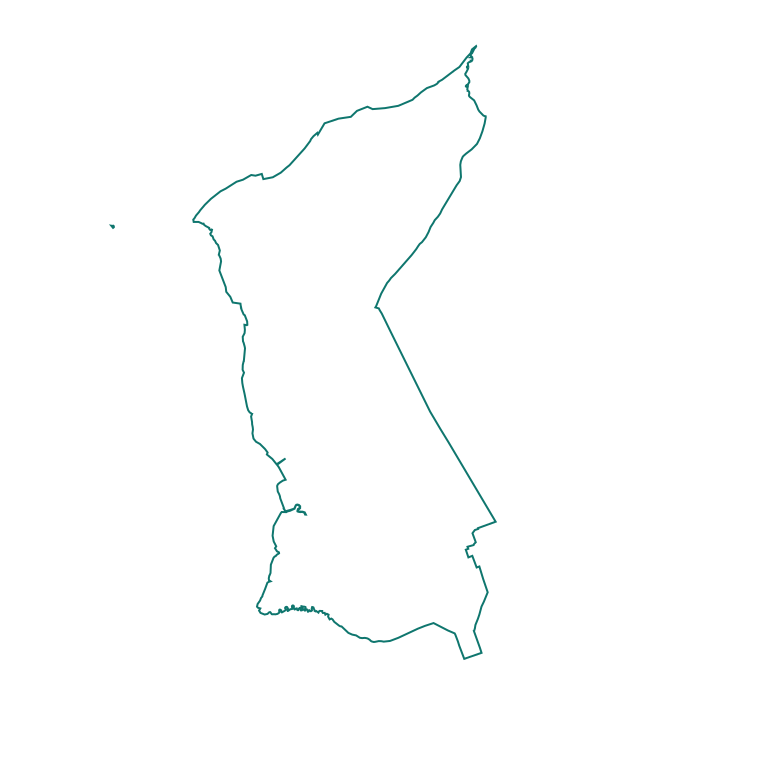 outline of Tanjung Jabung Timur, Jambi, Indonesia, rotated 250°
{"feature_id": "22746128B13468366985120", "entity_name": "Tanjung Jabung Timur", "entity_type": "district", "adm_level": 2, "iso_a3": "IDN", "parent_name": "Indonesia", "parent_adm1": "Jambi", "projection": "orthographic", "projection_center": [103.834, -1.266], "detail": "fine", "context": "isolated", "style": "outline", "palette": "teal", "viewbox_px": 768, "rotation_deg": 250, "n_neighbors": 0, "source": "geoboundaries", "source_scale": "gbopen_adm2", "svg_char_len": 6129}
<svg xmlns="http://www.w3.org/2000/svg" viewBox="0 0 768 768"><g transform="rotate(250 384 384)"><path d="M670.0,586.1L668.3,581.1L665.1,578.4L662.6,573.4L656.1,563.3L654.6,557.5L650.0,542.6L649.4,538.5L649.0,538.5L647.9,536.2L647.4,533.3L647.4,525.5L645.4,518.5L643.6,514.1L642.6,510.7L641.3,508.0L640.5,492.6L642.9,479.3L646.2,467.3L650.2,463.3L649.9,452.0L646.4,444.2L648.9,432.0L649.3,417.3L641.0,407.2L642.8,407.2L641.0,402.5L639.0,399.1L637.6,397.8L632.5,390.0L621.9,370.0L620.7,366.4L617.9,359.3L616.3,350.2L617.8,340.7L623.2,341.0L623.7,334.5L625.8,330.7L624.2,321.4L624.5,314.6L621.7,302.0L621.0,296.3L617.2,284.7L613.7,277.0L610.1,270.7L608.8,268.9L606.6,265.0L604.6,262.6L603.7,261.0L601.4,260.6L599.7,265.2L597.5,267.5L596.6,268.2L596.4,269.3L595.1,269.4L593.4,270.5L590.5,273.1L589.8,272.8L588.2,273.4L588.2,275.2L588.5,275.6L585.6,273.7L584.6,272.1L582.9,272.2L581.4,273.4L578.1,273.4L576.4,274.2L573.9,274.4L571.4,275.6L565.6,275.4L562.0,273.0L561.9,273.1L557.7,273.4L554.9,272.8L547.0,268.1L529.2,268.4L524.6,267.3L518.5,269.4L512.3,269.7L508.6,276.6L506.9,276.2L504.1,275.8L504.1,275.6L502.1,275.6L497.3,275.9L496.2,276.7L489.6,276.8L486.3,275.8L486.2,275.2L487.4,273.1L482.5,271.8L479.5,270.4L476.7,267.4L472.3,266.1L470.9,266.2L467.1,265.9L465.1,265.6L453.4,260.1L453.4,259.9L450.2,257.8L445.7,256.0L442.5,256.3L438.1,252.5L433.4,251.2L430.0,250.6L422.4,249.6L409.8,247.6L405.8,247.4L403.2,248.1L402.2,249.0L401.3,249.3L401.0,249.8L398.9,248.0L393.4,247.0L391.2,246.3L388.5,245.9L386.0,245.3L382.6,243.5L377.3,242.7L373.5,244.0L370.1,246.9L363.5,250.0L359.4,251.2L357.8,249.8L351.8,253.4L345.3,255.6L347.7,266.0L344.7,255.9L341.7,256.7L327.7,258.8L327.8,255.9L327.0,252.5L326.1,250.1L325.0,248.9L324.4,248.6L319.3,247.4L316.3,247.8L314.1,247.8L312.0,247.4L302.1,247.5L301.8,247.5L301.5,247.1L300.8,247.1L300.1,247.6L299.2,247.5L298.8,247.7L298.4,247.6L298.1,247.8L297.7,252.8L297.6,256.6L297.7,257.2L300.1,259.5L300.5,260.3L300.3,261.5L299.4,262.7L297.8,263.4L296.0,262.7L294.8,259.8L294.0,259.6L293.2,260.4L291.9,263.8L290.5,265.6L288.0,265.9L288.3,265.2L290.1,265.2L291.7,263.6L292.3,261.4L293.3,259.7L293.9,259.1L294.7,259.4L296.0,260.5L296.2,262.0L297.3,262.8L298.4,262.8L299.7,262.0L300.1,260.8L300.1,259.7L297.4,257.3L297.2,254.9L297.0,252.5L297.3,249.5L297.0,248.4L298.7,244.1L298.0,242.9L288.2,231.7L279.5,227.4L273.7,226.5L268.3,227.2L267.0,225.4L263.4,226.2L261.7,227.7L260.8,227.5L260.2,224.8L259.3,223.3L259.3,222.2L258.4,220.7L252.9,215.9L245.2,212.7L243.4,211.1L243.3,210.8L240.9,209.3L238.9,208.8L237.4,209.9L237.5,208.0L237.2,206.5L232.1,202.2L226.9,197.5L226.0,197.0L224.9,195.2L222.9,193.5L220.5,190.0L218.2,188.5L216.8,189.1L215.4,191.0L213.8,189.1L211.1,189.7L208.2,193.0L207.8,195.9L208.7,197.9L208.7,198.6L208.5,199.1L206.1,199.8L205.8,200.3L205.3,201.9L204.7,203.2L204.4,205.3L204.9,207.1L205.3,207.6L206.7,207.9L207.4,208.2L207.7,208.7L207.6,209.1L207.1,209.6L206.4,210.0L205.1,209.6L204.5,209.7L204.3,209.9L204.8,213.1L205.7,214.9L207.0,214.4L207.3,214.5L207.7,214.7L208.0,215.4L208.0,216.0L207.6,216.6L206.9,216.8L205.7,216.9L204.6,215.9L203.7,215.9L203.6,216.4L204.4,218.9L204.0,220.7L204.1,221.2L204.5,221.6L205.6,221.2L206.4,221.4L206.9,221.7L207.1,222.2L207.1,222.6L206.7,223.1L206.2,223.3L205.6,223.2L204.6,222.7L203.9,222.6L203.3,222.6L202.7,222.9L202.7,223.4L203.1,224.0L203.0,225.2L201.5,225.2L200.9,225.7L200.8,226.1L201.1,226.5L201.7,226.6L202.3,227.9L202.4,228.2L201.9,228.9L201.5,228.9L200.3,228.5L199.7,228.5L199.4,229.3L199.6,230.2L200.5,230.8L201.2,230.9L202.1,230.0L202.7,230.0L203.5,230.4L203.3,230.8L202.7,231.3L202.1,232.8L201.7,233.4L201.3,233.9L200.0,233.7L199.4,232.0L198.9,231.7L198.6,231.8L198.1,232.2L198.7,233.3L198.4,234.5L196.5,234.6L196.0,234.7L196.0,235.1L196.9,235.9L197.1,236.3L196.8,236.6L195.7,237.1L195.5,237.8L195.8,238.8L196.0,239.0L197.3,239.1L198.2,239.6L199.0,240.2L198.7,240.8L198.1,241.3L197.0,241.2L195.1,241.4L194.5,241.2L193.7,241.9L193.8,242.7L191.6,244.2L192.5,245.1L192.8,245.9L191.8,248.3L191.0,248.0L189.8,248.2L189.2,250.0L187.3,250.0L187.6,251.7L186.2,253.0L184.5,251.9L181.4,252.4L181.6,254.2L180.5,255.1L177.5,255.9L172.2,259.2L171.3,260.0L170.7,261.2L162.3,265.4L159.4,268.4L157.3,271.8L153.8,274.5L152.7,276.5L152.0,279.1L150.9,281.0L150.0,282.0L148.5,283.1L147.0,283.8L146.2,284.5L145.1,286.1L144.8,287.1L144.2,291.2L143.2,293.6L142.0,295.6L140.5,301.7L140.5,303.6L140.6,310.7L142.5,332.3L142.6,336.4L142.7,339.8L142.4,348.8L130.5,359.8L125.5,365.1L124.1,365.3L116.8,365.4L112.5,365.2L98.3,365.4L98.0,383.7L103.1,383.9L121.2,384.0L121.2,384.3L123.4,385.9L126.3,387.5L131.3,392.0L134.8,394.8L141.5,399.5L145.3,403.4L152.8,410.2L166.9,410.5L179.9,411.2L179.9,408.3L192.3,408.2L192.2,404.0L200.3,404.2L200.3,406.8L202.5,406.8L202.0,413.1L202.9,414.0L203.9,416.1L213.5,416.1L215.7,419.4L215.6,422.9L216.4,423.0L216.4,441.8L307.2,424.7L321.9,421.7L342.2,417.9L430.1,408.2L451.0,406.0L454.8,405.2L456.8,405.0L458.9,402.1L460.0,403.4L469.9,412.3L477.9,421.5L479.4,424.2L481.2,426.8L483.7,432.2L495.8,454.2L499.7,460.4L501.9,463.3L503.4,465.5L504.3,468.2L507.6,473.5L511.5,477.8L515.6,481.5L518.6,485.5L520.6,487.7L522.7,491.8L525.0,495.1L528.2,498.3L546.0,520.3L548.8,524.5L552.1,527.1L563.8,530.6L567.0,532.4L570.4,535.5L571.1,536.6L572.4,539.9L574.5,546.6L577.8,553.5L582.1,558.1L587.8,562.9L594.3,567.6L599.8,570.8L600.8,571.1L601.5,570.0L602.3,569.2L607.4,566.9L609.6,566.4L614.1,566.3L619.7,565.7L624.1,563.0L625.2,562.5L626.3,562.6L628.0,563.6L629.3,563.9L630.1,563.7L630.8,562.9L631.1,563.2L632.4,563.0L634.7,564.4L634.7,563.5L635.6,562.7L636.1,562.9L636.7,564.0L636.8,565.5L637.3,565.8L638.4,567.4L639.7,567.9L642.3,567.8L646.4,566.2L647.6,566.4L649.5,568.7L651.4,570.7L651.7,570.9L651.9,570.6L653.0,570.2L653.5,570.3L653.8,570.5L654.0,571.0L653.6,571.8L656.7,572.4L657.3,573.7L657.3,575.7L658.2,576.0L658.0,576.6L657.6,577.0L658.3,577.9L659.6,578.5L660.7,578.5L661.3,577.2L661.5,578.4L663.2,577.7L664.1,578.4L664.7,579.9L668.1,583.5L668.8,585.0L669.8,586.1L670.0,586.1ZM623.4,182.8L623.7,183.7L623.9,183.9L625.0,184.0L625.4,183.7L625.4,183.0L626.0,181.9L623.4,182.8Z" fill="none" stroke="#0f766e" stroke-width="2"/></g></svg>